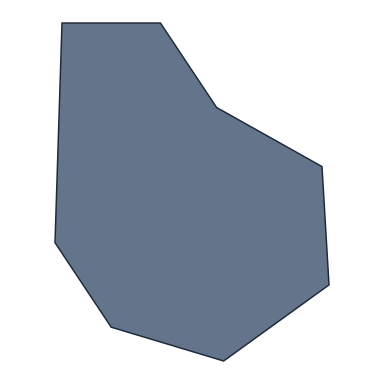 outline of Fontana, Gozo
{"feature_id": "MLT-5983", "entity_name": "Fontana, Gozo", "entity_type": "state/province", "adm_level": 1, "iso_a3": "MLT", "parent_name": "Malta", "parent_adm1": "", "projection": "robinson", "projection_center": [14.239, 36.033], "detail": "fine", "context": "isolated", "style": "filled", "palette": "slate", "viewbox_px": 384, "rotation_deg": 0, "n_neighbors": 0, "source": "natural_earth", "source_scale": "10m", "svg_char_len": 235}
<svg xmlns="http://www.w3.org/2000/svg" viewBox="0 0 384 384"><path d="M55.0,242.7L62.0,23.0L160.4,23.0L216.6,107.5L322.0,166.6L329.0,284.9L223.6,361.0L111.2,327.2L55.0,242.7Z" fill="#64748b" stroke="#1e293b" stroke-width="1.5"/></svg>